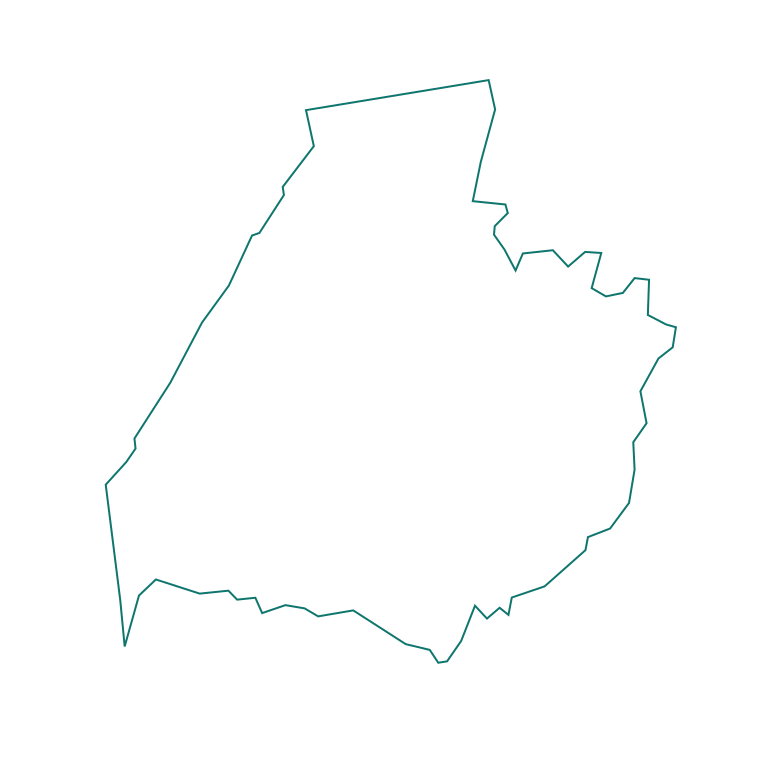 outline of Torodi, Tillabéri, Niger, rotated 81°
{"feature_id": "23599985B58853598919637", "entity_name": "Torodi", "entity_type": "district", "adm_level": 2, "iso_a3": "NER", "parent_name": "Niger", "parent_adm1": "Tillabéri", "projection": "orthographic", "projection_center": [1.533, 13.115], "detail": "fine", "context": "isolated", "style": "outline", "palette": "teal", "viewbox_px": 768, "rotation_deg": 81, "n_neighbors": 0, "source": "geoboundaries", "source_scale": "gbopen_adm2", "svg_char_len": 1014}
<svg xmlns="http://www.w3.org/2000/svg" viewBox="0 0 768 768"><g transform="rotate(81 384 384)"><path d="M270.0,244.0L253.7,252.0L245.4,249.9L234.5,235.0L225.7,236.0L217.3,267.7L179.9,253.7L130.2,231.3L100.2,233.1L101.3,418.2L138.1,416.1L173.5,453.2L181.7,453.3L215.3,483.4L216.7,491.1L262.5,521.8L294.8,554.1L349.2,594.8L398.8,639.0L408.9,639.5L420.8,650.8L439.9,674.6L555.8,678.3L602.7,681.2L554.6,659.1L541.4,639.9L562.2,598.8L563.8,570.0L574.0,562.8L575.0,544.5L591.2,540.2L587.0,516.0L593.2,497.5L603.2,485.4L602.8,449.8L644.3,403.3L653.8,380.4L667.8,374.0L667.8,365.1L649.9,348.0L617.2,328.8L631.8,319.0L623.1,304.8L631.5,297.2L614.9,291.2L609.0,257.0L579.6,211.0L567.1,206.5L562.1,183.3L539.8,160.6L507.8,149.9L480.5,146.9L463.8,130.8L431.3,131.9L401.7,108.9L392.9,93.1L373.6,86.8L369.3,96.1L357.1,112.6L322.5,105.9L318.6,119.9L331.4,133.8L332.2,151.1L321.8,163.9L288.6,148.9L285.0,164.7L296.8,183.8L278.3,196.3L276.8,226.4L292.5,236.3L270.0,244.0Z" fill="none" stroke="#0f766e" stroke-width="2"/></g></svg>